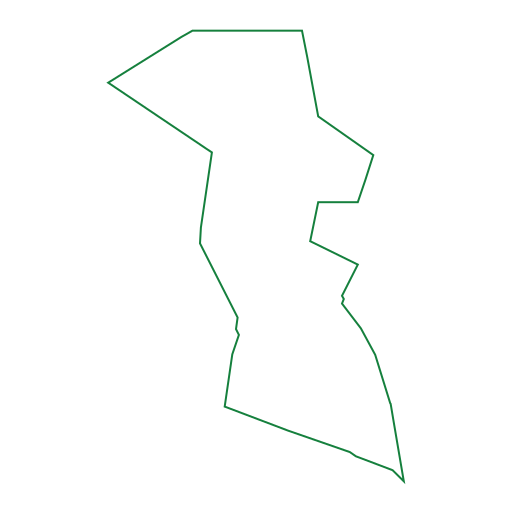 Mary, Mary, Turkmenistan (Natural Earth projection)
{"feature_id": "10190150B21853413573592", "entity_name": "Mary", "entity_type": "district", "adm_level": 2, "iso_a3": "TKM", "parent_name": "Turkmenistan", "parent_adm1": "Mary", "projection": "natural_earth1", "projection_center": [61.716, 37.759], "detail": "fine", "context": "isolated", "style": "outline", "palette": "green", "viewbox_px": 512, "rotation_deg": 0, "n_neighbors": 0, "source": "geoboundaries", "source_scale": "gbopen_adm2", "svg_char_len": 578}
<svg xmlns="http://www.w3.org/2000/svg" viewBox="0 0 512 512"><path d="M200.9,227.5L200.0,243.4L237.6,317.5L236.0,329.1L238.9,334.9L232.3,354.3L224.7,406.6L288.0,430.6L349.9,452.1L355.9,456.3L392.6,470.2L403.8,481.3L393.5,420.8L391.1,406.5L390.6,403.7L390.2,403.2L375.2,354.8L360.9,328.4L342.0,303.6L343.8,299.0L342.0,295.8L357.8,264.6L310.2,241.2L318.2,202.2L320.4,202.2L357.8,202.2L365.3,180.1L373.3,155.1L318.2,116.4L307.3,57.4L302.0,30.7L192.4,30.7L181.3,37.0L108.2,82.7L205.4,148.1L205.5,148.2L211.9,152.4L200.9,227.5Z" fill="none" stroke="#15803d" stroke-width="2"/></svg>